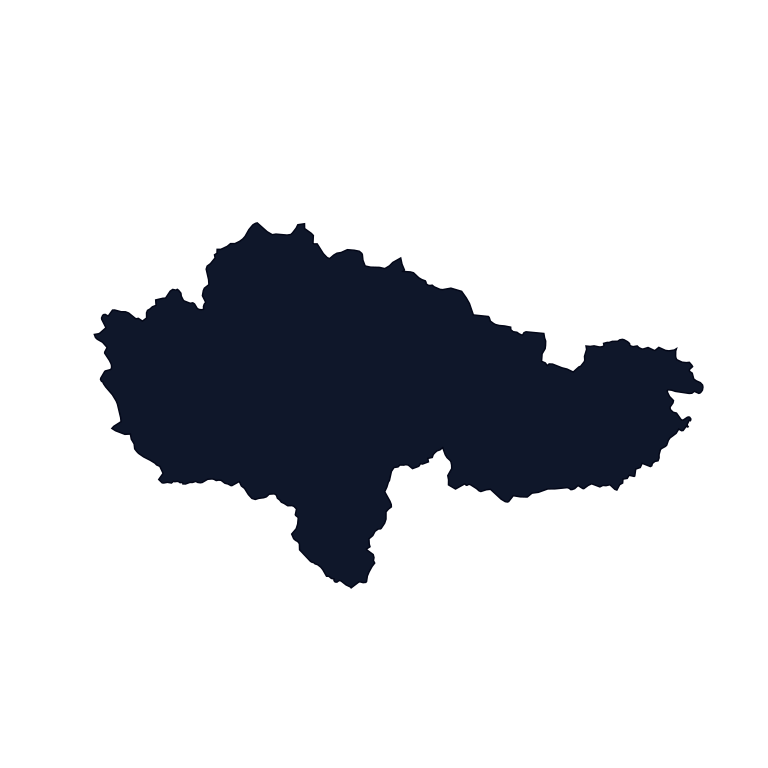 the district of Kim Boi, Hòa Bình, Vietnam, rotated 312°
{"feature_id": "81297802B6982011035243", "entity_name": "Kim Boi", "entity_type": "district", "adm_level": 2, "iso_a3": "VNM", "parent_name": "Vietnam", "parent_adm1": "Hòa Bình", "projection": "natural_earth1", "projection_center": [105.524, 20.675], "detail": "fine", "context": "isolated", "style": "filled", "palette": "ink", "viewbox_px": 768, "rotation_deg": 312, "n_neighbors": 0, "source": "geoboundaries", "source_scale": "gbopen_adm2", "svg_char_len": 6171}
<svg xmlns="http://www.w3.org/2000/svg" viewBox="0 0 768 768"><g transform="rotate(312 384 384)"><path d="M210.5,496.0L220.1,497.8L221.2,499.0L222.4,501.4L224.4,503.2L225.5,503.2L230.2,500.1L234.5,498.6L240.5,497.2L244.7,496.9L245.7,494.3L248.3,492.7L250.0,490.1L249.3,482.7L249.6,481.4L253.7,482.5L255.1,480.2L258.9,476.4L263.9,477.1L268.5,475.9L272.5,476.8L274.1,478.4L274.9,478.5L281.0,477.6L284.9,475.9L290.3,471.1L293.9,471.0L297.6,471.7L299.3,470.0L300.9,466.8L304.4,456.6L309.3,455.1L314.0,452.9L315.9,452.6L324.0,448.0L328.6,447.3L331.8,449.9L334.4,450.0L337.0,453.0L338.7,454.2L340.0,456.3L340.2,461.8L345.5,464.6L346.8,464.9L349.1,464.3L350.3,466.2L355.9,469.1L358.0,466.3L361.7,469.0L364.5,467.8L367.0,467.8L369.7,468.1L372.6,469.7L376.0,470.2L372.4,476.9L371.5,480.1L371.4,484.4L371.0,485.8L369.1,488.4L366.5,490.9L358.6,492.7L356.0,496.1L352.2,499.4L353.8,507.4L363.8,510.8L363.8,512.8L364.2,513.4L366.3,514.2L367.0,515.6L368.2,522.8L368.2,526.1L368.9,527.9L373.9,530.8L377.0,533.6L376.8,548.1L377.7,552.8L378.9,554.7L380.0,555.3L387.5,554.8L391.3,560.7L395.9,566.1L401.9,567.0L406.8,571.2L415.6,575.9L420.7,581.4L429.6,589.5L430.4,591.3L430.5,593.5L431.4,594.4L433.8,595.7L438.4,596.1L439.3,601.6L439.9,602.5L445.3,603.6L448.8,605.1L452.0,613.3L455.1,614.5L457.0,617.0L460.3,619.3L460.2,626.0L461.0,628.0L466.9,626.5L470.1,627.6L473.2,625.2L476.6,627.9L480.2,627.2L482.7,631.7L483.4,631.9L489.2,628.0L493.4,630.3L497.8,628.9L500.9,637.2L502.4,637.7L504.5,636.6L507.7,637.1L510.3,639.0L513.1,637.9L515.5,635.7L519.9,633.5L521.4,633.3L526.0,634.9L527.7,635.0L532.4,633.0L535.2,632.6L542.8,634.1L547.7,633.2L548.4,636.4L549.6,637.4L554.7,636.9L555.3,638.5L555.8,638.6L556.2,637.0L557.0,636.3L560.9,635.2L561.4,635.2L561.7,636.2L562.6,636.0L563.4,635.3L563.8,633.4L563.5,632.6L562.3,631.7L557.5,630.5L556.5,629.5L556.4,628.3L558.1,620.8L556.5,617.8L556.6,614.3L557.4,612.8L558.5,612.0L563.3,611.4L565.4,610.2L565.8,604.5L567.4,600.5L568.6,598.9L569.9,599.1L571.9,601.9L573.5,605.5L581.2,617.1L583.2,619.0L586.2,619.5L587.7,624.2L588.9,624.9L590.5,625.0L592.6,624.7L595.1,623.1L596.4,621.4L596.7,618.2L595.3,613.9L595.0,610.8L598.3,605.8L597.9,602.8L598.2,602.1L599.2,601.3L603.4,601.7L603.9,600.3L604.4,596.4L602.2,594.4L599.7,591.0L598.0,585.4L598.6,583.7L599.8,582.1L603.7,578.7L605.9,577.7L603.5,577.0L599.3,573.6L597.3,570.7L595.1,563.7L590.3,563.0L589.7,562.1L587.8,555.8L583.4,553.2L582.6,552.3L581.6,549.2L581.7,546.7L578.4,544.1L577.4,542.0L577.3,540.8L578.4,539.3L578.4,536.7L577.5,532.8L576.7,531.3L574.5,529.6L572.3,529.2L568.4,525.1L565.5,523.5L564.2,522.0L561.1,520.0L559.8,521.8L558.7,521.7L556.8,520.5L555.5,519.1L552.9,514.6L549.9,512.1L547.4,508.7L545.3,511.4L538.7,514.5L536.0,517.3L534.5,517.9L528.8,518.3L527.1,517.4L519.5,516.6L517.6,510.1L515.1,505.4L511.6,496.0L509.4,493.3L506.9,493.0L507.6,489.8L506.3,485.9L512.2,481.3L518.1,480.1L520.8,478.2L524.1,475.4L525.7,472.5L528.5,469.0L517.8,454.6L515.8,453.7L513.4,454.2L512.6,453.7L511.7,450.9L511.4,448.2L509.3,445.0L509.2,441.9L511.0,440.1L507.9,434.9L504.6,430.5L502.8,427.1L502.3,425.1L501.9,421.0L503.8,417.7L504.0,416.4L495.1,404.2L501.0,393.6L503.0,387.6L504.8,379.7L500.0,369.6L493.3,364.4L491.8,362.3L489.8,356.3L489.7,353.7L487.9,352.2L486.9,350.6L486.7,348.2L487.7,347.2L488.3,345.7L486.9,342.2L486.2,338.7L486.4,331.5L485.0,328.7L480.3,322.7L482.4,322.9L485.1,317.2L488.8,312.1L480.2,309.2L475.5,309.0L470.6,307.5L470.0,306.9L467.7,302.7L461.8,295.8L459.1,291.0L461.9,285.5L465.7,281.3L466.2,280.1L466.1,276.8L463.5,272.4L459.3,266.9L453.1,264.2L449.7,261.5L446.2,260.4L440.8,259.7L440.2,258.1L439.9,256.9L440.3,251.7L443.4,240.6L441.3,238.3L441.1,237.0L447.1,232.1L447.3,229.1L446.4,221.0L449.9,217.7L444.7,213.4L441.2,214.4L435.0,214.9L432.7,214.7L429.8,212.3L423.1,203.4L420.2,201.1L419.0,195.3L418.9,182.0L417.4,181.0L414.7,180.1L412.7,180.1L408.3,180.3L400.7,182.0L397.2,182.0L393.3,181.2L388.6,179.3L385.6,176.0L381.4,175.4L374.8,172.6L372.4,169.9L369.4,172.4L366.6,171.6L364.7,174.1L357.3,174.5L353.3,173.7L350.4,175.0L344.2,183.8L340.7,187.4L335.0,186.4L332.4,187.3L328.1,190.0L325.8,195.9L325.1,196.9L323.0,197.0L320.8,198.0L318.8,200.0L316.9,198.5L315.5,196.4L315.2,194.5L316.7,189.6L316.4,187.6L314.3,186.0L312.0,179.9L312.0,178.7L313.6,174.6L315.6,172.3L316.2,168.6L316.0,167.0L314.6,166.7L312.9,163.7L309.9,163.0L301.7,164.2L299.6,162.2L293.7,158.1L289.9,162.0L286.4,160.2L283.1,159.9L280.5,159.0L278.0,159.9L274.2,163.4L269.1,162.4L268.4,157.5L266.4,156.0L265.9,146.8L264.7,143.6L261.8,140.3L258.8,134.4L257.3,132.8L249.9,133.6L249.2,130.3L248.1,129.3L246.8,129.0L244.1,129.9L243.2,130.9L239.9,139.4L239.5,139.7L231.7,138.8L230.4,138.3L227.0,135.6L225.5,138.5L225.4,140.9L226.7,146.9L225.9,153.8L220.8,155.1L220.0,155.8L217.8,164.2L216.4,167.7L215.2,169.4L213.3,171.0L211.7,171.1L207.1,168.1L206.2,168.1L198.8,169.6L197.7,170.3L197.0,172.1L197.3,174.1L196.6,175.1L195.6,179.2L194.3,189.3L192.2,196.3L190.8,199.2L182.8,210.8L180.1,213.8L171.7,211.5L168.9,211.5L169.6,215.7L173.2,225.1L177.1,229.0L173.9,233.2L172.3,238.4L169.0,242.1L168.4,245.4L168.2,248.0L169.0,254.2L170.9,261.3L171.9,266.7L171.7,269.1L172.8,272.5L169.8,279.6L162.3,280.5L162.1,285.3L163.1,286.6L166.0,288.8L168.2,292.3L170.9,292.7L171.4,293.9L173.2,295.4L174.0,296.6L174.2,298.4L175.8,300.1L175.8,300.8L175.2,301.4L176.9,303.4L181.0,305.6L182.6,307.5L185.7,309.3L186.2,311.4L187.7,313.6L189.2,314.8L195.2,316.7L198.5,319.8L199.4,321.4L200.0,323.9L202.0,325.5L203.4,327.4L203.8,332.2L205.3,335.0L206.1,338.3L206.8,339.0L214.7,341.7L212.8,346.2L213.1,350.2L211.1,357.2L210.6,362.4L212.1,365.6L215.3,367.5L219.0,370.7L221.5,372.1L225.3,372.4L229.0,376.0L229.4,378.4L227.8,381.2L228.0,384.0L227.5,386.8L228.4,389.6L229.1,393.9L232.0,396.9L232.8,398.8L232.6,402.6L227.5,405.6L227.2,406.4L227.4,409.2L226.8,410.1L222.1,413.6L217.7,415.6L210.7,415.8L208.6,420.4L208.6,422.8L209.2,425.3L208.7,428.0L204.3,432.2L203.0,448.1L203.4,449.9L204.2,451.1L204.2,453.1L205.3,455.5L205.6,459.5L205.1,462.7L202.7,469.9L204.2,471.7L204.3,475.0L205.7,477.2L204.4,478.5L204.2,480.2L205.3,481.6L207.9,482.1L208.9,483.8L209.3,490.2L210.7,494.9L210.5,496.0Z" fill="#0f172a" stroke="#020617" stroke-width="1.5"/></g></svg>